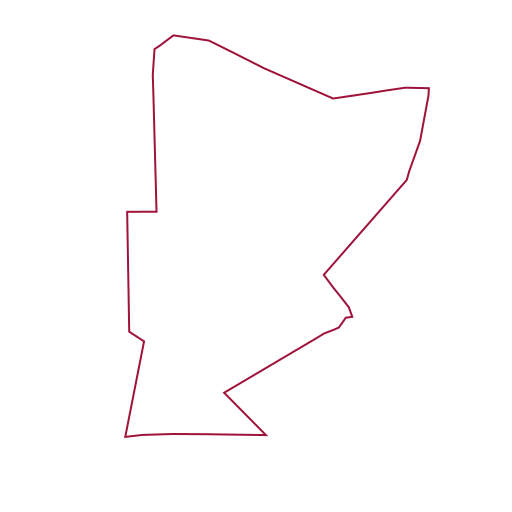 Dom Expedito Lopes, Piauí, Brazil, rotated 281°
{"feature_id": "56859067B17233076889044", "entity_name": "Dom Expedito Lopes", "entity_type": "district", "adm_level": 2, "iso_a3": "BRA", "parent_name": "Brazil", "parent_adm1": "Piauí", "projection": "albers", "projection_center": [-41.693, -6.966], "detail": "fine", "context": "isolated", "style": "outline", "palette": "rose", "viewbox_px": 512, "rotation_deg": 281, "n_neighbors": 0, "source": "geoboundaries", "source_scale": "gbopen_adm2", "svg_char_len": 676}
<svg xmlns="http://www.w3.org/2000/svg" viewBox="0 0 512 512"><g transform="rotate(281 256 256)"><path d="M456.8,132.8L444.0,121.3L439.8,116.9L414.2,120.1L388.5,125.9L280.5,149.9L274.8,121.1L157.5,146.0L150.8,162.4L63.2,162.2L53.5,162.2L58.7,178.7L65.3,207.8L71.5,240.8L82.1,299.9L115.7,250.8L187.7,331.9L193.0,337.7L197.7,345.3L201.6,351.0L212.5,355.9L214.7,362.1L223.4,356.9L234.0,344.7L239.5,338.1L246.1,330.9L250.4,326.1L320.1,366.6L359.5,389.5L368.2,390.2L400.4,395.1L446.3,394.7L453.7,393.7L449.7,370.4L442.7,350.5L438.8,340.0L435.3,330.1L425.3,301.6L441.8,228.1L448.8,203.5L451.9,192.5L458.5,168.6L456.8,132.8Z" fill="none" stroke="#9f1239" stroke-width="2"/></g></svg>